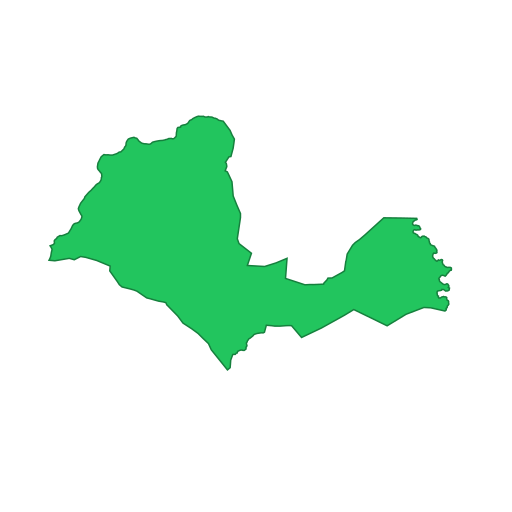 Koko-Besse, Kebbi, Nigeria, rotated 109°
{"feature_id": "59680162B63684780260143", "entity_name": "Koko-Besse", "entity_type": "district", "adm_level": 2, "iso_a3": "NGA", "parent_name": "Nigeria", "parent_adm1": "Kebbi", "projection": "natural_earth1", "projection_center": [4.329, 11.446], "detail": "fine", "context": "isolated", "style": "filled", "palette": "green", "viewbox_px": 512, "rotation_deg": 109, "n_neighbors": 0, "source": "geoboundaries", "source_scale": "gbopen_adm2", "svg_char_len": 6024}
<svg xmlns="http://www.w3.org/2000/svg" viewBox="0 0 512 512"><g transform="rotate(109 256 256)"><path d="M246.5,59.4L246.0,59.3L245.2,58.6L244.3,58.8L243.6,59.2L242.9,58.6L242.1,58.5L241.2,58.9L240.1,58.3L238.7,58.0L237.5,58.7L236.2,59.1L235.6,59.8L235.6,60.8L234.0,62.0L233.2,62.1L232.9,62.8L232.9,63.5L233.3,64.4L233.2,65.5L233.6,65.9L234.1,66.8L234.6,67.3L235.6,67.9L235.8,68.6L236.2,69.5L235.6,70.2L234.5,70.4L234.5,71.1L234.0,71.8L232.6,72.4L232.1,73.0L231.2,72.9L230.7,73.1L230.0,72.8L229.3,71.8L228.7,70.5L227.9,69.4L227.1,69.4L226.6,67.6L227.4,65.3L226.6,63.4L225.4,62.3L223.3,62.6L223.1,64.0L221.6,63.8L220.9,64.5L220.1,65.6L220.1,66.5L221.1,67.5L221.8,68.8L221.6,70.2L220.3,73.9L219.7,74.5L218.4,75.1L218.1,75.8L216.9,75.6L215.9,75.1L214.4,74.7L213.5,73.6L213.3,72.1L213.5,70.6L212.4,70.0L211.2,69.6L210.1,69.5L209.4,68.8L208.4,68.5L207.6,68.4L206.1,67.4L205.9,66.8L205.1,66.8L203.7,67.4L203.5,68.6L204.0,70.2L204.6,71.5L204.6,71.9L204.4,72.2L204.5,73.0L204.4,73.7L204.2,74.4L203.5,75.2L203.4,75.9L203.1,76.5L201.9,77.3L201.5,77.8L201.1,78.0L200.6,78.1L200.0,78.1L199.7,78.0L199.1,78.4L198.9,78.7L198.9,79.3L199.1,79.8L200.0,80.5L200.3,80.9L200.4,81.3L200.2,82.1L200.4,82.4L201.2,82.6L201.8,83.0L202.0,83.3L202.1,83.8L201.9,84.1L201.6,84.4L201.6,84.9L201.3,85.5L200.6,86.6L200.3,87.5L199.3,88.7L198.6,88.8L198.1,89.1L196.5,89.2L195.6,89.0L195.2,88.7L195.3,87.9L195.2,87.5L194.4,86.3L194.0,86.1L193.5,86.1L192.8,86.8L192.2,86.6L191.8,86.8L191.4,87.3L191.1,87.3L190.9,87.6L190.1,88.6L189.6,89.6L188.7,90.3L188.6,90.9L188.7,92.3L188.6,93.2L188.6,93.9L188.4,94.6L188.3,94.9L187.6,95.2L187.2,96.1L187.0,96.3L186.3,96.5L185.0,97.5L184.6,97.6L184.1,97.9L183.7,98.2L183.4,99.1L183.3,100.3L183.0,100.9L182.8,101.2L182.6,101.6L182.7,102.2L182.7,102.7L182.5,103.2L182.4,103.6L182.6,104.0L182.9,104.3L183.1,105.1L183.4,105.3L183.7,105.6L184.1,105.8L184.5,105.7L184.8,105.9L185.1,106.2L185.2,106.7L184.8,108.4L184.8,108.9L184.5,109.3L183.9,109.6L183.6,110.1L183.3,111.2L183.3,112.1L182.9,113.2L183.0,114.3L182.8,114.9L182.4,115.2L182.0,115.4L181.4,115.5L180.1,115.2L179.6,114.9L179.4,114.5L179.4,114.2L179.5,113.8L179.5,113.4L179.4,113.1L179.2,112.6L178.8,111.8L178.5,111.6L178.4,110.6L177.8,109.5L177.5,109.3L177.2,109.1L176.8,109.1L176.4,109.4L176.4,109.8L176.0,110.1L175.2,110.7L174.6,111.5L174.5,111.9L174.5,112.4L174.7,112.8L174.8,113.3L174.6,113.7L174.8,114.9L175.0,115.5L175.4,115.8L175.5,116.1L175.6,116.6L175.5,117.3L175.0,118.2L174.4,118.5L173.7,118.6L172.3,118.6L171.3,117.8L170.4,117.3L170.0,116.9L169.8,116.4L169.5,116.0L169.3,115.8L169.0,115.6L168.7,115.8L168.1,116.3L173.1,131.9L178.3,147.6L200.5,159.8L206.8,163.5L210.9,166.5L214.4,168.2L224.5,170.4L230.9,169.3L232.0,169.3L241.2,167.5L243.6,169.3L252.0,176.9L253.5,180.8L255.4,181.1L259.6,183.0L260.6,182.9L264.3,192.3L265.4,195.7L267.3,200.3L267.6,220.8L248.1,225.9L256.0,234.8L263.1,244.4L267.8,261.1L254.9,261.2L249.8,276.1L245.8,279.3L224.7,283.2L220.9,284.5L213.9,290.9L206.7,297.1L193.6,302.9L188.5,307.8L185.8,310.5L185.5,312.9L182.6,312.8L181.1,312.7L179.9,313.2L178.2,314.2L177.3,315.5L176.1,315.1L171.1,313.9L170.1,312.1L161.6,312.7L156.3,313.7L152.5,314.5L149.4,318.0L145.7,321.4L139.2,330.9L139.5,332.8L139.6,334.2L139.8,335.5L139.1,337.4L139.0,339.3L139.3,340.3L139.0,342.9L139.4,344.3L139.8,345.8L139.7,346.6L140.4,347.2L141.2,349.4L141.0,351.2L141.5,352.3L141.9,353.6L142.2,354.5L142.5,355.9L143.5,357.3L145.1,359.0L146.6,360.4L147.7,361.0L149.5,362.8L151.7,363.4L152.7,363.7L154.2,364.9L155.0,365.9L155.9,367.6L157.0,369.0L157.8,369.5L158.7,369.3L159.9,371.7L161.1,372.1L163.5,371.6L165.3,371.4L168.5,370.5L169.4,370.6L169.9,371.0L171.0,371.4L171.9,372.1L172.4,373.2L172.4,374.6L173.0,375.6L173.1,376.3L173.6,377.1L174.6,377.9L175.1,379.0L175.9,379.9L177.1,381.9L177.8,383.6L178.4,384.9L179.5,386.9L180.7,388.9L182.1,390.9L184.1,392.0L184.9,392.9L185.3,394.0L185.7,396.3L186.3,398.3L186.5,400.9L185.4,404.2L184.6,405.3L183.5,407.1L183.7,408.7L183.5,410.0L184.3,411.3L185.5,413.2L187.0,414.8L188.6,415.3L190.1,415.6L191.4,415.6L192.9,415.2L194.1,415.0L195.9,415.7L197.6,415.7L201.6,417.7L202.3,419.2L204.0,420.4L204.9,421.4L207.4,424.7L208.1,427.0L208.4,428.6L209.3,431.0L209.6,432.8L211.3,433.9L212.7,434.7L216.1,435.2L218.1,435.4L218.8,435.6L220.0,435.6L223.3,435.0L224.8,434.3L225.6,433.5L227.0,431.1L227.7,430.2L228.2,429.0L229.1,428.5L231.1,427.6L232.5,427.7L233.5,427.3L235.1,427.3L237.1,427.8L238.3,428.4L239.3,429.4L240.6,430.3L241.5,430.7L243.2,431.3L245.2,432.3L247.6,433.3L249.6,434.5L250.9,435.1L254.6,436.6L255.9,437.1L257.4,437.0L263.2,439.0L267.2,439.4L269.0,439.4L270.0,438.8L271.0,438.0L271.8,437.1L273.8,435.0L274.5,434.0L275.4,433.4L276.8,433.3L278.3,433.3L280.4,434.0L281.7,434.5L282.9,435.7L283.9,437.4L284.7,438.4L286.7,439.3L290.5,439.7L293.1,440.3L295.4,440.8L297.9,443.5L299.3,445.2L300.2,446.6L300.5,448.0L301.8,449.1L303.0,450.1L304.3,450.2L305.9,451.3L307.4,451.7L309.6,450.7L311.2,451.4L313.4,454.0L314.7,452.3L316.3,450.9L319.0,450.7L322.9,450.0L324.9,450.0L327.4,450.3L326.0,444.6L319.0,431.8L318.7,426.6L313.6,421.7L312.7,416.6L312.1,405.3L313.0,390.6L317.7,389.4L325.6,378.4L327.6,375.9L327.7,375.6L328.9,372.6L328.1,363.9L327.9,360.4L328.0,357.2L331.2,345.7L330.9,342.2L330.4,333.4L329.6,328.6L329.5,326.1L329.9,325.6L331.3,324.4L331.4,324.0L338.2,310.5L343.2,303.2L345.7,293.2L348.1,285.5L351.0,279.6L354.3,272.4L359.2,267.8L373.0,245.9L370.0,244.1L366.8,244.9L362.7,246.0L356.7,245.9L356.2,244.9L355.8,243.6L354.2,243.0L353.8,242.2L352.2,242.3L350.9,241.0L350.1,240.1L349.5,238.7L349.5,237.6L349.1,236.4L347.3,235.2L346.4,235.4L345.5,235.8L344.8,235.4L343.6,235.4L342.5,236.2L341.3,236.8L340.2,236.4L338.9,236.5L337.8,236.0L336.8,235.9L335.7,234.9L334.1,233.9L332.5,232.9L331.0,232.4L330.0,231.3L328.9,229.8L326.9,226.0L326.3,224.1L325.3,223.2L323.8,223.3L318.1,223.7L316.8,218.5L316.2,215.5L314.5,210.5L312.0,204.7L310.9,201.8L310.3,199.7L318.2,186.4L302.8,170.7L283.1,153.0L274.8,146.1L279.3,109.3L262.2,95.1L250.0,80.5L248.1,73.9L246.5,59.4Z" fill="#22c55e" stroke="#15803d" stroke-width="1.5"/></g></svg>